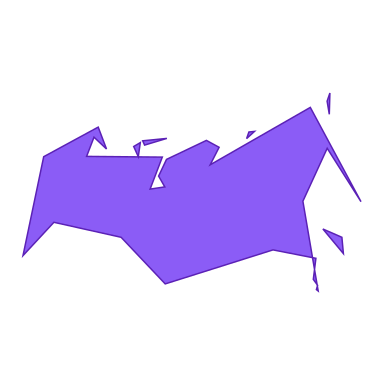 the border of Russia
{"feature_id": "RUS", "entity_name": "Russia", "entity_type": "country or territory", "adm_level": 0, "iso_a3": "RUS", "parent_name": "Europe", "parent_adm1": "", "projection": "albers", "projection_center": [98.07, 61.527], "detail": "coarse", "context": "isolated", "style": "filled", "palette": "violet", "viewbox_px": 384, "rotation_deg": 0, "n_neighbors": 0, "source": "natural_earth", "source_scale": "50m", "svg_char_len": 706}
<svg xmlns="http://www.w3.org/2000/svg" viewBox="0 0 384 384"><path d="M318.2,291.0L316.4,289.6L317.6,285.3L313.3,279.4L315.9,258.3L273.0,249.9L165.2,283.9L121.1,237.3L53.9,222.3L23.0,255.6L43.7,156.7L98.2,127.1L106.5,149.0L94.0,137.2L86.6,156.4L162.3,157.1L150.1,189.1L164.8,186.9L158.6,176.1L166.5,159.4L206.4,140.4L219.1,147.3L210.2,164.8L310.3,107.4L361.0,201.7L327.2,148.3L302.9,201.2L318.2,291.0ZM329.3,114.3L327.1,101.2L329.9,93.0L329.3,114.3ZM166.9,138.4L144.6,145.1L142.7,140.8L166.9,138.4ZM322.9,229.0L341.9,237.3L343.4,253.6L322.9,229.0ZM140.3,142.6L138.3,156.7L133.7,146.5L140.3,142.6ZM246.6,138.6L248.9,132.0L254.5,131.4L246.6,138.6Z" fill="#8b5cf6" stroke="#5b21b6" stroke-width="1.5"/></svg>